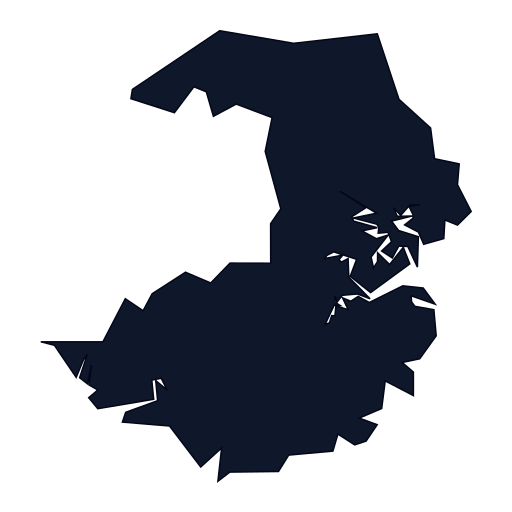 Alianza, Valle, Honduras (Albers equal-area conic projection)
{"feature_id": "27666195B71822643652972", "entity_name": "Alianza", "entity_type": "district", "adm_level": 2, "iso_a3": "HND", "parent_name": "Honduras", "parent_adm1": "Valle", "projection": "albers", "projection_center": [-87.707, 13.447], "detail": "medium", "context": "isolated", "style": "filled", "palette": "ink", "viewbox_px": 512, "rotation_deg": 0, "n_neighbors": 0, "source": "geoboundaries", "source_scale": "gbopen_adm2", "svg_char_len": 1912}
<svg xmlns="http://www.w3.org/2000/svg" viewBox="0 0 512 512"><path d="M459.2,163.9L434.6,158.7L430.6,128.0L399.0,99.3L377.3,33.8L293.6,43.3L219.7,30.7L132.4,89.4L130.9,98.7L174.4,112.7L193.9,86.8L206.3,91.8L213.4,116.3L236.2,104.1L272.1,117.6L265.2,151.4L280.8,208.8L270.6,223.7L270.7,263.2L230.0,263.1L210.7,283.0L185.5,272.2L152.2,293.7L143.1,310.7L125.3,298.7L102.9,341.8L40.8,341.8L54.4,345.3L76.2,377.4L83.4,360.0L87.4,354.1L79.6,377.7L87.4,383.8L91.5,365.0L88.9,384.9L97.8,390.0L88.7,397.7L97.8,408.7L153.7,399.3L151.8,380.1L161.2,378.3L167.2,390.1L155.7,380.5L157.6,400.7L125.7,412.3L122.4,422.1L169.5,426.0L200.7,467.0L221.6,448.0L217.9,481.3L229.8,472.1L278.5,471.5L288.7,455.1L332.9,451.1L337.9,434.1L354.7,444.9L366.1,441.1L377.2,424.7L359.2,418.1L381.7,408.5L385.2,380.9L413.4,395.6L413.4,372.1L402.2,362.5L419.7,358.8L436.2,335.8L433.9,309.7L414.8,306.3L411.6,301.8L411.1,295.8L435.2,304.2L423.2,288.0L402.8,285.8L369.3,302.5L358.2,296.4L350.8,301.2L342.5,297.8L348.1,309.6L335.9,306.0L334.9,315.7L331.7,315.6L329.4,322.8L325.1,324.4L334.2,305.2L340.2,305.5L334.9,302.2L335.2,295.9L336.9,302.3L342.3,295.3L357.5,294.0L370.1,298.8L348.8,277.2L348.1,258.6L341.3,262.1L339.0,259.7L342.8,255.1L324.8,258.5L326.9,255.4L333.7,251.9L356.6,259.3L350.2,276.3L370.6,292.6L409.8,263.9L403.3,247.3L389.6,264.5L377.6,252.7L377.5,261.6L373.5,267.8L371.1,257.0L388.2,235.0L376.4,238.7L362.0,230.9L377.3,227.7L353.6,221.1L351.8,216.7L365.8,207.8L339.9,191.3L376.5,213.2L353.2,218.0L376.8,224.2L378.8,227.3L378.2,233.2L388.0,232.3L391.5,241.7L381.6,251.0L392.3,258.0L398.8,246.1L407.8,246.5L417.4,267.1L418.4,236.7L398.6,230.5L391.6,221.1L412.3,216.0L397.3,216.3L393.4,207.6L400.7,215.4L409.8,205.1L419.7,204.7L408.9,206.3L413.1,214.8L413.0,218.2L404.6,224.9L418.4,232.1L423.7,244.3L443.8,238.6L444.9,220.0L457.5,225.1L471.2,211.5L457.5,184.7L459.2,163.9Z" fill="#0f172a" stroke="#020617" stroke-width="1.5"/></svg>